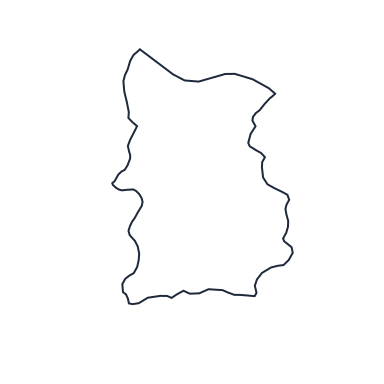 the border of Bitola, rotated 209°
{"feature_id": "MKD-2896", "entity_name": "Bitola", "entity_type": "Statistical Region", "adm_level": 1, "iso_a3": "MKD", "parent_name": "North Macedonia", "parent_adm1": "", "projection": "mercator", "projection_center": [21.29, 41.04], "detail": "fine", "context": "isolated", "style": "outline", "palette": "slate", "viewbox_px": 384, "rotation_deg": 209, "n_neighbors": 0, "source": "natural_earth", "source_scale": "10m", "svg_char_len": 1653}
<svg xmlns="http://www.w3.org/2000/svg" viewBox="0 0 384 384"><g transform="rotate(209 192 192)"><path d="M306.7,291.5L265.6,285.7L252.5,286.0L239.7,291.8L220.2,311.3L211.8,316.1L193.6,320.0L175.0,320.0L166.9,318.3L166.9,318.2L168.6,313.3L169.2,312.3L171.2,304.1L172.5,296.3L174.4,292.0L175.1,287.2L173.8,283.8L168.3,280.3L168.9,271.2L166.6,262.2L163.7,260.0L156.2,259.6L150.6,259.6L145.1,257.8L145.1,252.2L142.8,247.5L136.9,239.2L129.7,235.3L122.2,235.3L113.0,235.8L107.2,235.8L103.2,232.3L103.2,226.7L102.0,222.4L98.4,218.0L93.8,213.3L91.2,208.1L89.8,202.0L89.8,195.5L87.5,193.6L78.1,192.0L74.4,187.6L74.4,179.5L76.5,172.5L81.0,169.2L86.3,164.3L91.6,155.1L92.8,147.0L91.6,140.5L86.7,135.1L86.7,131.3L86.9,131.2L92.8,128.6L100.1,125.3L105.0,122.6L112.0,121.5L117.7,121.0L124.6,117.7L130.4,115.0L136.5,106.9L144.6,102.0L151.6,101.5L155.7,95.0L158.5,89.5L163.4,89.0L169.5,85.7L179.4,78.1L184.7,68.9L189.6,65.1L190.6,64.8L193.2,64.0L196.5,67.8L200.2,70.5L203.6,70.9L204.3,71.7L208.3,77.7L208.3,83.7L206.2,88.6L203.6,92.8L203.6,99.8L205.4,106.1L208.3,112.5L213.1,118.1L218.3,121.6L225.5,124.0L228.7,127.2L229.7,132.1L230.0,136.7L229.5,141.9L229.5,148.6L229.2,155.6L230.5,159.5L233.2,162.3L237.4,164.7L241.6,165.8L244.5,165.8L250.1,162.3L254.0,159.5L256.7,158.8L260.1,158.8L264.6,159.8L266.0,161.0L264.9,164.1L264.9,171.4L263.6,175.7L261.6,178.7L261.3,183.9L262.3,191.2L263.9,194.2L266.5,196.8L270.4,201.1L271.4,207.5L271.7,217.4L272.0,223.0L278.5,224.3L283.6,226.0L285.9,231.1L292.8,239.3L299.9,247.0L305.7,255.6L307.3,261.6L307.7,268.0L309.6,276.6L309.6,283.1L309.4,283.9L306.7,291.4L306.7,291.5Z" fill="none" stroke="#1e293b" stroke-width="2"/></g></svg>